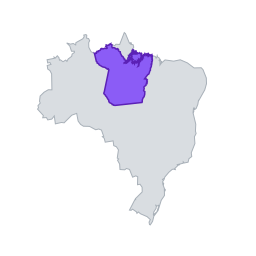 where Pará sits in Brazil, rotated 350°
{"feature_id": "BRA-594", "entity_name": "Pará", "entity_type": "State", "adm_level": 1, "iso_a3": "BRA", "parent_name": "Brazil", "parent_adm1": "", "projection": "natural_earth1", "projection_center": [-50.886, -3.617], "detail": "fine", "context": "in_parent", "style": "filled", "palette": "violet", "viewbox_px": 256, "rotation_deg": 350, "n_neighbors": 0, "source": "natural_earth", "source_scale": "10m", "svg_char_len": 9076}
<svg xmlns="http://www.w3.org/2000/svg" viewBox="0 0 256 256"><g transform="rotate(350 128 128)"><path d="M73.2,49.1L75.5,51.4L78.5,50.3L79.4,51.8L81.0,49.7L85.0,47.6L85.8,45.5L88.3,44.4L88.5,43.1L85.7,42.6L84.9,37.1L82.4,33.6L85.8,35.4L88.8,35.3L90.9,37.1L91.5,34.9L99.0,32.3L100.7,30.5L100.6,28.8L102.8,28.7L103.5,29.5L102.8,32.3L104.7,33.1L105.4,35.4L104.1,37.1L103.4,41.7L104.9,46.5L108.4,49.2L109.9,48.8L110.7,47.3L112.0,47.6L116.0,45.1L121.1,45.9L120.3,43.9L121.1,42.5L122.1,43.1L125.4,42.2L129.2,44.6L130.7,43.4L134.3,44.3L140.9,33.4L141.9,34.6L144.1,44.5L145.3,46.1L147.5,46.9L147.7,49.4L144.0,54.2L141.6,55.8L138.6,62.3L135.6,63.2L138.7,63.4L143.3,60.1L144.2,64.3L145.5,65.6L150.3,64.1L148.9,68.8L150.7,65.1L152.9,62.9L154.0,63.5L154.5,62.9L154.1,61.2L155.5,59.1L159.3,58.6L167.2,62.2L167.8,64.1L168.9,62.8L170.7,64.2L171.2,65.8L170.3,66.8L170.7,67.4L171.7,66.3L171.9,67.3L171.0,68.4L170.4,71.6L171.7,70.3L172.6,67.9L172.7,69.6L176.3,67.4L184.6,70.1L191.3,69.9L197.8,74.2L203.5,80.3L210.6,81.4L212.0,83.6L213.8,92.3L213.0,98.0L210.2,103.8L202.4,113.3L202.4,112.5L200.9,116.8L198.5,120.6L197.3,121.2L196.5,119.5L195.8,120.3L194.7,124.4L195.4,136.0L193.9,142.7L194.1,145.3L191.9,148.1L191.2,154.9L186.0,163.4L185.8,167.2L182.7,168.8L181.2,172.1L177.3,172.2L176.5,170.9L176.2,172.3L170.1,172.6L170.4,173.7L166.5,176.4L164.4,176.4L160.5,178.7L155.7,182.7L154.8,184.7L154.0,184.0L153.6,184.8L152.6,184.5L154.0,185.6L152.8,186.9L152.5,189.1L153.3,193.8L152.2,200.8L148.2,204.9L143.2,214.6L138.6,218.9L138.5,217.5L141.8,215.7L144.7,210.4L144.7,209.4L142.8,210.0L141.7,208.3L142.3,210.0L141.7,212.0L138.8,215.2L137.9,217.8L138.2,219.2L136.0,224.2L133.1,227.3L132.4,226.8L132.4,224.3L134.1,222.1L131.4,218.6L125.5,214.7L123.6,212.5L122.0,213.6L121.8,212.1L118.4,208.7L116.8,209.6L115.2,209.1L122.3,199.8L123.1,199.9L123.0,198.9L130.9,193.4L131.6,188.8L130.1,185.5L127.5,185.5L129.1,177.7L127.4,176.5L124.0,177.2L122.3,169.1L119.5,167.6L117.5,168.6L112.9,167.5L113.5,162.1L112.1,157.9L113.4,156.9L112.2,155.7L114.8,147.9L113.3,144.4L110.9,142.9L111.1,138.1L103.1,138.0L102.8,134.0L101.3,132.1L102.6,132.0L101.5,125.4L99.0,123.9L95.9,124.1L90.3,119.7L84.4,118.5L81.9,116.2L80.1,112.5L80.0,104.7L74.9,105.6L66.0,111.8L63.4,111.0L57.2,111.3L57.5,103.3L54.5,106.0L50.4,106.1L49.5,103.6L45.8,103.1L46.8,101.0L42.2,93.7L43.4,92.5L43.2,90.4L45.9,88.2L45.5,86.3L47.0,81.3L51.5,78.2L56.1,76.5L59.7,77.2L62.2,61.4L61.1,57.9L59.2,56.0L59.3,52.4L63.2,52.0L62.5,50.0L60.2,50.0L60.2,46.7L67.5,46.6L67.5,45.3L68.6,46.5L70.9,44.6L72.2,46.7L72.3,49.3L73.2,49.1ZM146.2,55.9L154.3,56.9L152.4,62.4L150.9,62.5L150.6,63.5L149.4,63.0L148.1,64.4L145.0,64.4L143.9,61.6L144.7,60.9L143.8,59.9L144.4,56.7L146.2,55.9ZM139.2,62.6L140.5,58.6L141.8,58.1L141.7,60.5L139.2,62.6ZM148.4,54.0L147.6,55.5L145.8,55.1L146.1,54.2L148.4,54.0ZM145.6,52.3L145.3,55.4L144.5,55.1L145.6,52.3ZM149.7,55.9L148.6,56.1L148.0,55.8L149.5,54.9L149.7,55.9ZM144.4,56.0L143.2,57.0L142.7,56.5L143.6,55.6L144.4,56.0ZM146.6,53.3L146.0,52.7L147.0,52.1L147.1,52.7L146.6,53.3ZM146.0,45.5L145.3,45.6L145.1,44.5L145.8,44.5L146.0,45.5ZM153.5,196.7L153.3,195.7L153.8,194.8L154.0,195.1L153.5,196.7ZM167.2,176.1L167.4,177.2L166.6,176.9L167.2,176.1ZM153.2,189.7L152.8,189.2L153.4,188.5L153.5,188.8L153.2,189.7ZM171.5,69.6L171.0,70.8L171.5,69.1L171.5,69.6ZM196.9,121.3L196.1,121.7L196.6,120.8L196.9,121.3ZM172.3,173.1L171.5,173.4L171.3,173.2L171.8,172.7L172.3,173.1ZM195.5,123.4L195.2,124.0L195.0,123.6L195.5,123.4ZM169.3,61.8L169.4,62.4L169.1,62.3L169.3,61.8Z" fill="#d9dde1" stroke="#a8b0b8" stroke-width="1"/><path d="M116.1,45.1L116.4,45.5L117.1,45.8L118.8,45.5L120.9,46.0L121.3,45.8L121.3,44.9L120.6,44.0L120.3,43.9L120.9,43.2L121.0,42.5L122.2,43.2L123.6,43.0L123.9,42.6L124.2,42.7L124.7,42.3L124.8,42.5L125.5,42.1L125.4,42.4L125.9,42.9L126.5,43.1L126.6,43.8L126.2,45.1L126.5,46.3L128.1,46.4L129.3,47.2L129.4,47.7L129.7,47.6L130.4,48.3L131.2,48.1L131.2,48.4L131.7,48.4L131.7,49.0L132.2,49.0L132.3,49.3L132.1,49.6L132.3,50.6L132.9,51.3L133.6,51.6L133.5,53.3L133.9,54.1L134.1,55.1L134.5,56.3L134.9,56.3L135.7,57.4L135.7,58.2L136.2,58.7L136.2,59.8L136.8,59.8L136.9,60.7L137.3,61.1L138.0,61.2L138.2,61.5L138.6,61.1L138.9,61.2L138.8,62.1L138.5,62.4L137.5,62.2L135.4,63.2L135.4,63.5L137.3,63.0L137.5,63.5L137.4,63.9L137.6,63.9L137.9,63.6L138.7,63.4L140.0,62.5L140.9,62.1L141.1,61.7L141.6,61.6L142.9,60.5L142.9,60.0L143.2,60.2L143.6,60.0L143.6,60.6L143.1,61.1L143.7,61.6L143.7,62.6L144.4,64.2L144.0,64.2L144.1,64.6L143.8,65.0L143.4,64.7L143.6,65.3L144.2,65.0L144.4,64.5L144.6,64.6L145.2,65.1L145.2,65.4L145.3,65.2L145.5,65.9L145.9,65.0L146.6,65.1L146.8,64.7L147.4,64.6L147.8,64.9L147.8,65.9L147.9,65.7L148.1,66.0L147.9,65.0L148.0,65.2L148.7,65.0L149.1,65.6L148.8,65.0L149.0,64.7L149.3,64.8L149.5,64.3L149.6,64.5L149.8,64.4L149.7,64.6L149.7,64.8L149.8,64.9L150.0,65.0L150.0,65.4L149.3,67.5L149.3,68.1L148.7,68.9L149.3,68.7L150.6,65.2L151.8,63.5L152.3,63.3L151.5,64.7L152.0,64.4L153.2,62.4L154.2,63.8L153.9,63.0L154.6,62.8L153.9,62.8L153.9,61.8L154.1,61.5L154.2,61.9L154.6,62.0L154.7,61.4L155.0,61.4L154.8,61.1L155.1,61.0L154.8,61.0L154.8,60.6L155.2,60.5L155.4,59.9L155.4,59.3L155.9,58.7L156.2,59.3L156.6,58.8L156.9,58.8L156.9,58.2L157.1,58.6L157.3,58.6L157.2,59.2L157.8,58.9L157.9,58.3L158.3,59.2L158.7,59.5L158.7,59.1L158.5,58.9L158.4,59.1L158.4,58.4L158.7,58.4L158.6,58.5L158.7,58.8L159.1,58.4L159.3,58.8L159.4,58.5L159.6,58.6L159.4,59.0L159.7,58.8L159.6,59.2L159.8,59.4L160.1,58.7L160.2,59.7L160.6,58.9L160.8,59.6L160.6,59.7L160.7,59.9L161.2,59.0L161.4,59.9L161.5,59.5L161.7,59.8L161.5,60.1L161.8,59.8L161.8,59.5L162.1,59.7L161.9,59.4L162.2,59.7L162.1,60.1L161.9,60.0L161.6,60.3L161.5,60.5L163.0,59.8L162.7,60.0L162.7,60.6L163.2,60.5L163.3,60.8L163.4,60.5L163.4,61.0L163.5,60.6L163.7,60.9L163.6,60.6L163.7,60.1L164.1,60.0L163.7,61.3L164.2,61.0L164.2,61.3L164.4,60.8L164.5,61.2L164.1,62.0L164.3,62.2L163.9,62.9L163.9,63.9L163.4,64.2L163.5,64.5L163.9,64.5L163.8,65.4L163.5,66.4L162.9,66.7L162.9,68.2L161.9,69.1L162.3,69.8L162.0,70.0L161.7,71.3L161.2,72.2L160.7,72.6L160.6,73.2L160.3,73.5L160.1,75.0L159.1,76.0L158.8,76.9L157.9,78.4L157.5,78.7L156.9,78.7L152.8,82.5L153.6,82.8L154.4,82.7L154.7,83.3L155.1,83.5L155.4,84.0L154.7,84.5L155.0,85.5L154.6,85.7L154.8,86.3L154.2,86.6L154.4,87.6L153.8,87.6L153.4,88.0L153.1,89.1L151.6,89.8L150.7,90.5L150.8,92.1L149.9,93.7L150.1,94.3L150.9,95.0L150.3,97.8L149.2,100.1L148.3,100.7L147.0,102.7L146.6,104.6L146.2,105.3L119.0,103.5L118.1,103.0L117.6,103.0L117.4,102.4L116.5,102.2L116.3,101.3L114.1,99.7L113.7,98.2L113.8,97.1L113.2,96.1L112.3,93.6L111.5,92.4L111.4,91.7L110.4,90.4L110.2,89.5L110.9,88.3L119.2,67.5L119.2,67.0L119.6,66.7L118.9,66.8L118.8,66.3L117.9,66.5L117.6,66.3L117.6,65.7L116.6,65.2L116.2,64.5L113.6,63.4L110.8,61.0L110.4,60.6L110.2,59.6L108.9,58.7L109.0,57.6L108.4,57.0L107.9,48.7L108.5,49.3L109.1,48.8L109.9,48.9L110.1,48.6L109.9,48.0L110.5,47.8L110.8,47.2L112.1,47.6L112.2,46.9L114.1,46.7L115.1,45.3L115.5,45.5L116.1,45.1ZM154.4,57.2L153.9,59.1L153.5,58.8L153.7,59.8L153.1,60.4L153.2,60.8L152.5,61.4L152.0,61.1L152.4,61.5L152.2,61.7L152.6,61.8L152.4,62.5L151.9,61.9L151.7,61.9L151.9,62.0L151.7,62.3L151.9,62.2L152.4,62.7L151.4,63.1L150.8,62.4L150.9,63.3L150.7,63.3L150.9,63.4L150.7,63.6L150.1,63.3L150.0,62.9L149.8,63.2L150.1,63.7L149.7,63.6L149.5,62.9L149.3,62.9L149.5,63.4L149.2,64.1L148.6,64.3L148.4,63.4L148.5,64.2L148.3,64.5L147.3,64.2L147.2,63.7L146.6,64.4L146.3,64.2L146.2,63.6L146.2,63.3L146.1,62.9L146.0,63.5L146.1,64.2L145.9,63.7L146.0,64.3L145.7,64.3L146.0,64.5L145.5,64.6L144.6,64.3L144.7,63.9L143.8,62.6L143.8,60.9L144.8,61.3L144.6,61.0L145.2,60.6L144.4,60.9L144.0,60.8L143.8,60.5L144.0,58.1L144.3,58.6L144.9,58.8L144.3,58.5L144.2,57.2L144.7,56.3L145.5,56.2L145.7,55.9L148.8,56.6L150.0,56.6L150.0,56.3L150.8,56.1L151.8,56.3L152.1,56.1L152.1,56.4L154.2,56.7L154.4,57.2ZM141.5,58.0L142.2,58.7L141.7,60.5L141.4,60.5L141.0,61.4L139.6,62.5L138.8,62.8L139.0,61.7L139.9,60.9L139.9,59.6L140.5,58.6L141.4,58.0L141.2,58.7L141.3,58.3L141.6,58.4L141.5,58.0ZM147.1,53.8L147.9,53.8L148.8,53.4L149.3,53.5L149.3,53.8L148.6,54.3L147.9,55.4L147.3,55.6L146.8,55.2L145.8,55.1L145.6,54.3L146.8,54.2L147.1,53.8ZM143.2,57.0L142.7,56.4L143.1,55.4L143.9,55.1L144.4,55.5L144.5,55.9L144.3,56.1L143.2,57.0ZM148.0,55.9L148.4,55.3L149.5,54.9L150.1,55.4L149.6,56.0L148.5,56.1L148.0,55.9ZM145.9,53.2L146.1,52.4L146.7,52.4L146.7,52.2L147.0,52.1L147.1,52.8L146.2,53.5L145.9,53.2ZM145.9,53.8L145.4,54.5L145.0,54.3L145.5,53.2L145.4,52.6L145.7,52.2L145.9,53.8ZM143.6,58.2L143.6,59.0L142.4,59.5L142.6,58.8L143.6,58.2ZM144.5,55.0L144.6,54.4L145.1,54.5L145.4,55.3L144.8,55.4L144.5,55.0ZM142.2,56.1L142.4,56.1L142.2,56.9L141.1,57.7L142.2,56.1ZM155.2,59.5L155.4,59.7L155.2,60.5L154.7,60.5L154.7,60.2L155.2,59.5ZM150.4,64.3L150.1,65.0L149.7,64.8L150.1,64.1L150.4,64.3ZM154.6,60.8L154.7,61.1L154.6,61.5L154.0,61.3L154.2,60.8L154.6,60.8ZM157.5,58.3L157.6,58.9L157.4,58.9L157.3,58.6L157.1,58.3L157.2,58.1L157.5,58.3ZM149.4,63.8L149.8,64.0L149.4,64.2L149.4,63.8ZM156.1,58.8L156.5,58.7L156.2,59.1L156.1,58.8ZM146.9,53.8L146.5,54.0L146.3,54.1L146.8,53.6L146.9,53.8Z" fill="#8b5cf6" stroke="#5b21b6" stroke-width="1.5"/></g></svg>